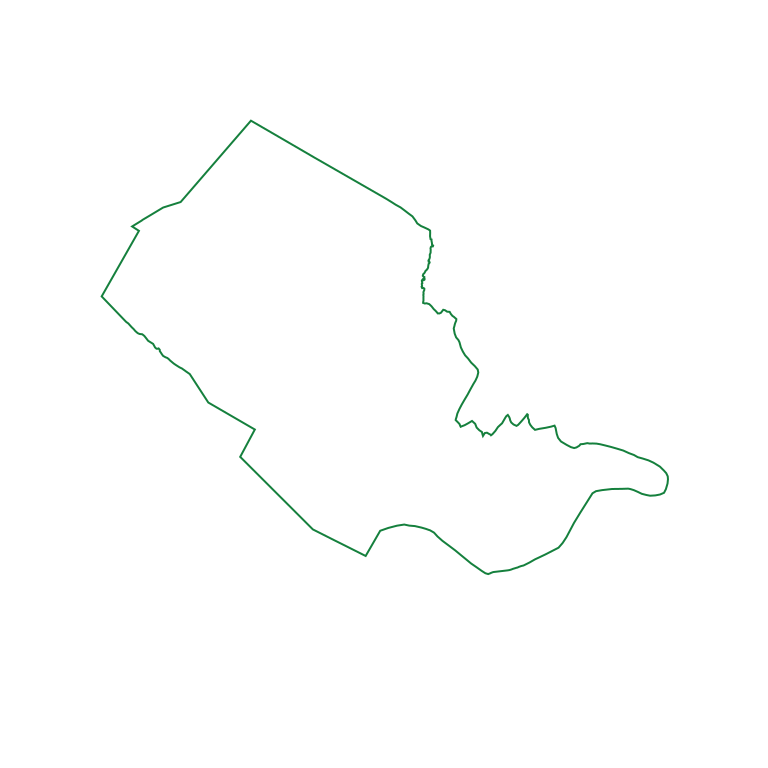 Svay Chek, Bântéay Méanchey, Cambodia, rotated 30°
{"feature_id": "14789045B19114929433175", "entity_name": "Svay Chek", "entity_type": "district", "adm_level": 2, "iso_a3": "KHM", "parent_name": "Cambodia", "parent_adm1": "Bântéay Méanchey", "projection": "robinson", "projection_center": [103.023, 13.816], "detail": "fine", "context": "isolated", "style": "outline", "palette": "green", "viewbox_px": 768, "rotation_deg": 30, "n_neighbors": 0, "source": "geoboundaries", "source_scale": "gbopen_adm2", "svg_char_len": 4263}
<svg xmlns="http://www.w3.org/2000/svg" viewBox="0 0 768 768"><g transform="rotate(30 384 384)"><path d="M667.7,318.5L664.3,317.6L656.7,317.4L651.2,317.9L645.3,319.2L640.3,320.5L636.0,320.5L630.7,321.4L624.5,322.0L618.1,323.5L611.7,325.1L606.4,326.6L601.3,328.1L597.8,329.4L594.4,331.2L592.0,332.7L589.6,333.6L586.6,336.3L584.3,337.9L584.0,339.8L582.4,342.7L580.7,344.4L577.5,345.2L572.7,345.4L566.0,345.3L561.7,343.6L558.6,340.9L554.6,336.3L552.5,334.8L550.0,337.4L545.9,341.1L540.9,345.2L537.7,348.2L536.8,348.0L534.0,347.4L531.1,346.2L528.8,344.7L527.4,342.6L526.0,341.8L525.0,340.7L523.9,338.7L523.1,338.6L522.5,343.2L521.6,347.9L520.6,352.3L519.7,354.0L516.4,354.3L513.4,353.7L511.5,352.4L510.1,350.9L508.9,350.0L506.7,348.9L506.0,350.7L505.9,352.7L505.9,356.2L505.9,359.0L505.2,361.1L504.2,364.4L503.9,369.0L503.0,373.3L502.3,374.9L501.7,374.6L500.0,374.7L497.5,374.7L495.8,376.1L495.7,379.5L494.4,378.3L492.8,376.6L489.7,376.4L486.0,375.4L482.9,372.9L478.7,372.0L476.4,376.1L474.4,379.4L472.6,381.6L471.8,382.7L470.9,382.1L469.4,380.9L467.4,380.3L464.1,379.4L463.8,378.6L463.3,376.3L462.3,372.9L461.8,367.9L461.6,363.0L461.6,361.2L461.6,357.5L461.7,351.3L461.5,345.3L461.4,338.9L461.5,335.4L461.1,331.0L459.9,326.9L457.9,324.6L453.7,323.1L448.8,321.9L444.1,319.9L439.9,318.6L436.1,316.5L432.3,313.9L428.5,310.1L426.4,308.7L423.2,307.6L420.0,305.0L416.6,301.0L415.9,298.2L415.6,297.4L415.3,296.1L415.1,295.1L414.9,293.2L414.2,291.6L413.5,291.4L412.3,291.2L410.9,290.9L409.2,290.8L406.8,289.9L404.8,288.7L402.5,289.8L400.0,289.6L398.2,290.1L397.7,293.8L396.7,295.2L395.2,296.0L394.4,295.6L391.9,294.8L389.7,294.3L386.2,292.9L383.3,292.2L380.5,292.8L379.1,293.9L377.3,294.2L376.8,293.1L376.6,292.3L375.8,290.9L374.8,289.2L374.2,288.0L373.5,287.3L373.3,286.2L372.6,285.4L372.1,284.3L372.0,283.3L371.9,282.5L371.2,281.2L370.3,281.1L369.1,281.9L368.5,281.5L367.9,280.9L368.1,280.2L367.0,278.9L366.6,278.2L366.8,277.5L366.0,276.7L365.1,275.6L365.1,274.5L365.3,273.7L366.5,274.2L366.9,273.3L366.4,272.4L365.8,272.0L365.5,271.2L364.3,271.2L363.5,270.9L363.2,269.8L363.1,269.0L363.5,268.0L363.5,267.1L363.5,266.0L363.4,265.1L363.9,264.0L363.9,263.3L364.1,262.5L364.0,261.2L363.3,259.7L362.9,258.6L362.6,257.8L362.8,256.8L362.8,256.0L361.9,255.2L361.4,255.6L360.8,254.9L360.7,254.1L360.8,253.1L360.5,251.7L359.8,250.4L359.0,249.2L358.7,247.0L357.2,244.2L356.5,243.4L356.1,242.0L356.3,241.3L357.5,240.4L357.3,239.5L356.0,239.4L355.3,238.3L354.3,237.1L353.5,236.2L352.9,235.1L351.9,235.3L350.0,233.0L348.4,230.0L347.2,228.1L345.2,227.9L340.5,228.3L337.0,228.7L332.5,228.3L329.4,226.6L324.8,224.6L320.2,224.1L315.0,223.4L310.1,222.8L304.4,222.9L300.4,222.7L293.5,222.5L210.0,222.7L181.5,222.6L137.1,222.5L116.9,328.1L104.5,341.6L96.8,355.5L92.8,362.6L92.5,363.5L87.1,373.5L95.2,373.9L95.7,449.3L129.5,459.1L130.2,459.2L132.3,459.4L134.7,460.2L137.2,461.0L139.7,461.6L142.2,462.5L145.2,463.1L147.3,462.9L149.8,461.8L152.4,462.2L155.2,463.3L158.1,464.5L160.8,464.6L164.0,464.7L166.0,465.9L167.4,466.8L169.3,467.2L170.4,466.6L171.0,465.9L172.7,466.5L173.5,467.7L174.9,468.3L176.4,469.1L178.6,470.1L181.3,470.1L183.4,469.8L185.3,470.1L187.0,470.6L189.3,471.0L191.6,471.4L193.9,471.6L196.2,471.7L198.6,471.8L200.0,471.7L201.4,471.6L203.0,471.8L204.5,471.9L206.0,472.1L207.3,472.2L210.8,472.5L241.1,487.9L294.9,488.0L295.9,519.0L395.1,545.5L418.4,544.2L433.4,543.3L454.1,542.1L454.1,513.0L459.7,506.5L466.1,500.2L471.8,495.6L476.7,494.0L481.8,491.6L488.3,489.6L492.8,488.5L495.6,488.0L496.9,487.7L501.6,487.7L506.6,489.3L513.0,490.6L521.5,491.6L528.9,492.5L536.0,493.7L543.3,494.9L549.2,495.9L555.6,496.4L562.1,497.0L566.4,497.2L569.3,496.5L569.8,495.8L570.4,495.2L570.9,494.4L571.9,493.1L572.7,492.2L584.1,483.7L585.6,482.5L587.1,480.9L588.1,479.6L590.1,477.5L590.6,476.9L591.4,476.2L592.2,475.0L593.9,473.0L595.6,471.4L599.3,465.8L602.3,460.6L602.9,459.7L604.8,457.0L609.0,450.9L617.0,438.5L618.2,432.3L618.6,425.3L618.0,409.3L618.3,397.2L619.2,374.4L621.2,370.8L626.0,366.8L634.0,360.9L642.4,355.9L647.7,352.6L648.7,352.2L650.3,351.7L653.4,351.0L658.0,350.5L662.2,350.2L666.8,348.9L670.3,347.7L674.7,344.8L678.3,341.7L680.9,338.2L680.7,334.1L679.3,328.4L677.6,324.6L675.9,322.1L673.0,320.1L669.3,318.9L667.7,318.5Z" fill="none" stroke="#15803d" stroke-width="2"/></g></svg>